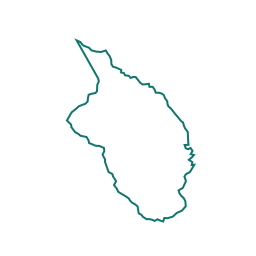 outline of Marzagão, Goiás, Brazil, rotated 340°
{"feature_id": "56859067B67512374112148", "entity_name": "Marzagão", "entity_type": "district", "adm_level": 2, "iso_a3": "BRA", "parent_name": "Brazil", "parent_adm1": "Goiás", "projection": "albers", "projection_center": [-48.689, -17.969], "detail": "fine", "context": "isolated", "style": "outline", "palette": "teal", "viewbox_px": 256, "rotation_deg": 340, "n_neighbors": 0, "source": "geoboundaries", "source_scale": "gbopen_adm2", "svg_char_len": 1744}
<svg xmlns="http://www.w3.org/2000/svg" viewBox="0 0 256 256"><g transform="rotate(340 128 128)"><path d="M129.0,227.9L131.4,225.0L134.3,226.3L139.8,226.6L144.7,224.5L150.4,224.1L155.5,221.3L156.9,216.2L156.3,212.7L154.8,210.0L154.0,206.8L154.2,203.9L159.1,203.0L164.3,197.7L164.4,193.0L166.7,191.2L171.1,190.6L174.2,188.1L177.7,185.2L175.2,184.6L176.8,182.1L174.3,178.7L178.5,177.2L180.7,175.9L178.0,174.0L180.8,171.6L179.9,168.1L177.2,168.5L175.3,166.7L175.4,163.3L179.1,164.5L179.7,162.1L182.8,152.1L181.4,147.4L181.4,144.1L181.6,141.7L180.2,139.5L179.3,136.8L177.1,130.7L175.0,124.4L173.4,121.6L173.3,119.2L174.0,116.3L173.0,112.7L172.9,109.3L171.5,107.2L169.2,105.5L166.2,104.3L166.1,100.6L165.2,97.7L162.3,96.7L162.7,93.5L160.5,93.2L156.6,92.1L155.0,89.8L152.7,82.9L150.4,81.7L147.6,81.9L146.6,79.2L143.4,77.6L142.8,74.8L140.5,73.5L141.5,71.1L137.4,67.1L134.9,65.3L134.2,62.4L135.5,58.4L135.3,54.0L134.2,50.8L133.7,47.6L128.5,47.3L124.2,45.3L120.4,42.7L118.8,39.3L114.0,35.0L112.6,30.9L109.7,28.1L116.9,71.2L116.5,74.3L113.9,76.9L112.7,79.8L111.4,82.9L109.3,84.0L105.5,83.4L102.4,83.3L100.6,86.2L99.1,89.3L96.1,90.7L93.3,90.6L89.2,90.8L85.0,92.5L80.4,94.0L73.2,100.0L74.7,103.2L75.7,105.3L75.1,107.8L76.0,110.8L76.9,113.8L79.3,116.6L80.7,119.0L83.2,120.6L85.9,122.2L86.7,126.1L86.3,128.8L88.9,131.2L91.5,133.6L95.1,135.1L98.6,138.6L97.7,141.8L95.0,144.3L95.3,147.1L95.7,149.6L94.8,152.0L94.7,162.8L97.6,165.9L97.4,168.5L98.6,174.0L95.3,176.8L96.7,181.1L97.0,184.6L99.8,188.2L102.4,191.3L104.6,194.4L105.1,196.9L106.4,199.7L108.6,202.2L110.2,205.1L109.6,207.8L108.9,212.0L111.0,214.2L111.6,216.5L114.3,220.1L116.7,220.8L119.3,222.5L121.3,224.4L124.5,223.9L126.4,225.8L129.0,227.9Z" fill="none" stroke="#0f766e" stroke-width="2"/></g></svg>